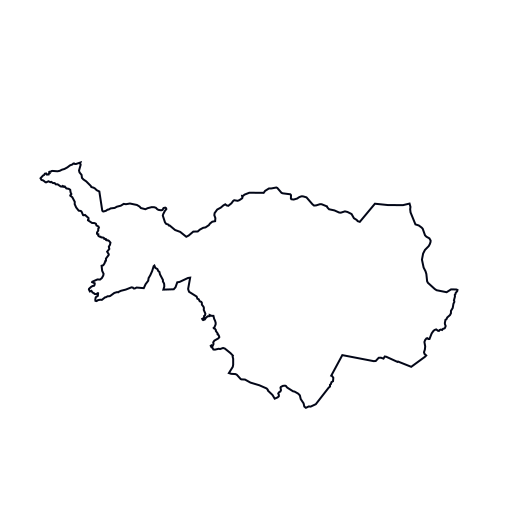 the district of Xochitlán de Vicente Suárez, Puebla, Mexico, rotated 63°
{"feature_id": "50627088B61548157381216", "entity_name": "Xochitlán de Vicente Suárez", "entity_type": "district", "adm_level": 2, "iso_a3": "MEX", "parent_name": "Mexico", "parent_adm1": "Puebla", "projection": "mercator", "projection_center": [-97.672, 19.934], "detail": "fine", "context": "isolated", "style": "outline", "palette": "ink", "viewbox_px": 512, "rotation_deg": 63, "n_neighbors": 0, "source": "geoboundaries", "source_scale": "gbopen_adm2", "svg_char_len": 6101}
<svg xmlns="http://www.w3.org/2000/svg" viewBox="0 0 512 512"><g transform="rotate(63 256 256)"><path d="M377.7,91.9L376.7,92.8L374.3,97.4L374.8,102.6L368.5,110.6L366.6,111.7L357.9,115.0L356.2,115.0L349.4,112.4L346.7,111.9L342.4,111.9L334.6,109.8L329.7,106.0L327.3,102.7L325.6,97.6L324.2,95.6L322.7,94.1L321.5,93.4L319.0,93.5L316.2,95.4L314.3,96.0L307.4,95.1L305.9,95.5L302.7,97.1L300.2,99.6L287.3,98.5L284.3,97.4L282.4,96.1L279.0,95.4L277.4,102.0L270.4,115.5L263.4,126.3L272.7,148.0L271.1,149.6L269.6,149.9L266.8,151.6L262.0,151.8L258.3,154.5L256.6,156.5L255.9,160.8L255.0,162.2L251.0,165.4L247.5,169.7L245.0,170.4L244.1,170.2L239.7,174.0L238.9,175.4L238.2,179.5L237.4,181.4L235.6,182.2L226.7,184.4L224.5,186.7L223.6,188.0L223.3,189.4L223.2,191.2L223.5,193.2L222.8,196.8L221.5,198.7L220.6,198.8L217.7,197.2L216.6,197.4L212.3,203.7L211.3,204.6L205.1,206.1L204.2,206.8L202.7,211.9L201.7,213.8L202.1,218.3L203.2,220.5L196.6,233.2L196.1,238.4L196.6,240.3L196.1,241.1L197.9,241.6L198.3,242.2L198.7,245.5L198.5,247.3L196.4,250.1L196.6,251.4L197.9,254.0L198.7,257.9L197.6,259.2L196.0,259.9L196.1,262.1L196.9,265.4L197.0,269.5L199.0,273.4L200.7,274.6L203.8,275.0L206.4,276.6L205.6,279.4L206.2,282.3L207.1,284.0L207.6,288.0L206.9,290.3L207.0,294.0L207.7,296.8L205.8,300.8L207.2,306.7L207.2,309.4L200.1,312.6L196.1,316.3L189.8,319.0L189.4,319.7L188.3,319.8L186.5,321.5L184.6,321.8L177.7,320.7L176.6,319.7L174.5,316.8L173.5,314.6L172.6,314.4L171.7,314.9L171.3,316.6L172.5,318.4L172.2,319.8L170.6,322.0L169.3,322.8L167.6,323.3L166.3,324.6L165.1,326.8L164.2,330.8L164.1,333.3L161.0,336.8L159.1,337.3L156.5,338.9L152.0,344.5L150.8,348.4L149.5,350.2L149.8,353.6L148.9,357.6L149.0,360.1L147.6,363.9L147.7,366.2L147.3,367.2L147.6,369.2L147.1,371.7L146.5,372.3L145.5,372.3L127.4,366.3L125.0,368.1L122.8,368.8L121.4,369.7L119.8,371.4L118.6,371.4L112.4,373.4L109.5,375.0L107.4,375.6L104.5,374.6L101.4,375.3L99.5,374.9L95.1,370.8L93.9,370.8L93.0,369.9L92.3,374.6L91.7,375.7L90.9,376.1L90.7,376.8L91.1,378.0L90.8,380.5L91.4,383.8L91.5,387.2L91.0,389.7L91.0,392.2L90.4,394.4L87.8,398.7L87.5,399.6L87.7,400.2L87.2,401.8L87.3,402.2L88.6,402.3L88.6,403.3L89.2,403.8L88.5,405.4L87.2,405.5L86.8,406.8L87.6,407.9L87.6,409.2L88.9,412.7L90.8,412.6L92.2,411.2L94.7,410.1L95.1,409.6L95.2,407.0L96.9,405.7L97.0,404.8L98.8,403.8L99.6,402.3L101.2,401.9L102.1,400.2L105.3,398.5L106.2,397.2L105.9,396.7L106.4,396.5L106.5,395.8L107.2,395.8L107.4,395.5L107.4,394.8L109.7,394.3L111.1,392.4L112.6,391.5L115.5,392.4L116.6,392.3L117.2,392.6L117.5,393.8L117.9,394.1L120.2,393.0L125.4,392.9L127.5,394.0L131.1,394.2L135.1,393.4L136.3,391.7L137.2,391.3L141.1,391.5L141.5,391.0L141.8,389.7L146.1,388.0L147.2,388.5L147.4,389.2L147.9,389.5L152.1,387.1L153.4,384.9L154.6,384.0L156.3,384.3L158.2,383.0L159.5,383.1L160.1,384.2L161.7,385.0L162.9,387.0L164.0,387.6L165.1,386.6L166.0,387.3L166.8,387.2L168.2,386.2L168.3,385.7L169.2,385.4L170.2,383.8L171.2,383.2L171.9,383.4L172.6,382.2L173.5,382.3L173.6,381.8L174.4,381.7L175.0,380.6L175.9,380.1L178.0,379.6L179.7,381.0L180.9,382.9L183.1,383.5L184.6,386.7L187.6,386.4L188.2,386.8L190.2,390.9L191.7,391.6L192.0,392.5L192.6,392.6L192.8,393.4L193.8,394.3L194.9,396.3L194.6,398.0L199.3,399.8L202.7,399.9L204.1,401.0L205.7,403.4L206.2,405.7L204.9,407.9L204.6,413.6L204.9,413.9L207.1,412.1L208.4,412.9L209.0,413.9L208.6,415.1L208.6,416.7L209.4,419.6L210.0,420.1L212.2,420.1L212.3,418.5L214.4,418.2L215.7,417.2L216.5,417.1L217.4,415.8L217.3,413.7L217.5,413.6L219.7,415.0L220.0,417.4L220.4,417.9L222.1,419.1L223.1,419.4L223.8,418.5L223.6,416.9L224.2,414.7L225.1,413.3L224.3,409.2L224.6,408.4L224.5,406.5L225.2,405.2L225.4,404.0L224.6,399.0L225.1,396.2L225.8,395.2L225.6,394.3L225.7,392.1L226.8,387.3L227.4,381.2L228.2,380.1L229.4,379.7L229.9,378.7L229.9,376.7L233.7,370.6L231.0,367.2L229.1,363.3L226.9,361.7L225.2,359.0L222.3,355.4L218.6,351.8L218.4,350.9L220.9,351.1L222.8,349.8L225.1,349.9L226.3,349.3L228.8,349.9L235.1,349.8L236.4,350.5L238.7,350.4L239.9,350.8L241.6,351.6L243.9,353.8L248.3,344.4L247.3,341.9L243.7,338.1L244.4,335.9L244.7,326.6L245.4,324.5L254.5,331.4L255.3,331.6L257.5,331.9L265.2,327.3L267.5,327.6L268.5,326.7L270.8,326.7L272.0,325.6L273.1,325.5L274.8,326.3L277.4,325.8L278.6,326.0L280.3,327.0L284.4,327.3L285.6,328.3L286.0,329.6L286.7,329.8L287.6,331.1L287.6,332.5L288.4,332.5L289.1,332.2L289.3,330.4L288.4,328.9L287.8,326.5L288.5,324.7L287.5,324.1L289.1,322.8L290.0,321.1L292.9,321.8L295.3,321.9L297.3,322.3L298.7,323.1L300.7,325.5L300.9,326.4L301.3,326.4L301.8,325.7L303.8,325.4L304.6,325.8L307.8,325.3L308.4,325.8L309.7,325.2L311.6,325.5L312.3,326.9L312.5,331.5L313.5,333.3L315.1,333.8L316.5,335.5L316.4,336.6L315.4,336.5L315.5,337.1L317.1,337.1L318.0,336.5L320.0,336.4L320.8,335.1L321.7,331.4L322.6,330.2L323.0,327.1L324.3,325.8L331.0,322.8L334.3,321.8L335.0,322.5L337.2,323.0L342.5,325.7L344.2,327.0L348.0,333.3L349.7,331.6L351.9,327.9L353.1,327.0L358.7,325.5L359.3,325.0L361.1,321.9L366.3,318.4L372.7,311.7L378.8,306.7L380.4,306.2L381.3,306.5L387.3,304.4L391.6,304.1L391.8,301.0L391.4,299.4L390.2,298.7L388.6,298.6L387.9,297.4L387.8,295.8L386.8,294.6L384.5,294.0L384.0,293.4L383.9,291.1L384.7,289.0L385.5,288.3L387.0,288.1L388.0,287.6L393.4,284.4L394.3,283.2L397.8,280.9L400.1,280.2L403.8,281.1L408.9,280.5L412.1,281.3L413.9,280.5L414.0,277.3L415.0,275.7L415.2,270.0L406.3,251.0L405.9,249.3L404.4,248.6L404.1,247.4L402.7,246.1L402.5,244.2L399.6,242.4L397.5,242.7L396.8,243.3L383.5,224.1L403.1,198.9L403.9,197.0L402.4,192.9L403.3,190.9L405.3,189.0L404.0,186.9L404.9,185.7L414.6,178.0L414.5,177.4L425.2,168.0L422.5,151.2L421.9,149.5L419.7,150.3L418.0,150.0L416.0,148.0L413.4,146.3L409.1,145.0L407.7,143.5L406.8,141.5L407.1,140.5L408.2,140.2L408.7,139.1L404.7,134.6L403.3,131.9L403.0,130.5L403.2,128.8L405.4,127.7L405.8,126.9L405.3,126.0L405.5,124.6L406.4,123.8L405.8,122.4L406.1,120.9L405.8,120.2L404.5,118.8L402.6,118.6L401.5,118.2L398.9,116.2L398.8,115.0L397.6,113.5L396.7,110.0L395.5,108.3L393.4,107.2L391.6,104.3L388.1,101.7L387.0,100.2L386.2,99.8L385.4,99.8L382.4,97.1L380.9,96.5L380.5,95.6L379.6,94.9L378.6,92.6L377.7,91.9Z" fill="none" stroke="#020617" stroke-width="2"/></g></svg>